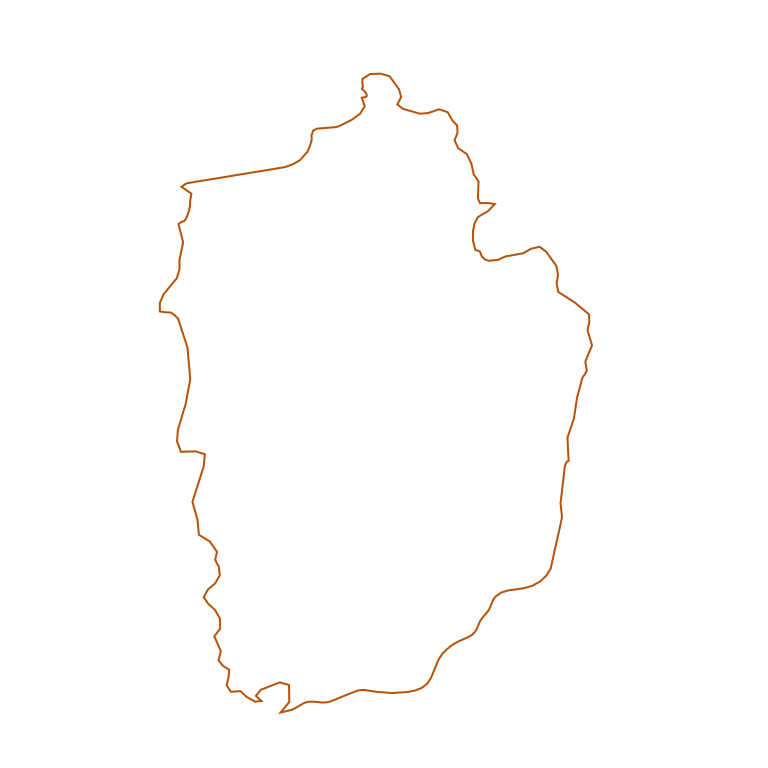 an SVG outline of Savannakhét, rotated 261°
{"feature_id": "LAO-3282", "entity_name": "Savannakhét", "entity_type": "Province", "adm_level": 1, "iso_a3": "LAO", "parent_name": "Laos", "parent_adm1": "", "projection": "robinson", "projection_center": [105.728, 16.499], "detail": "fine", "context": "isolated", "style": "outline", "palette": "amber", "viewbox_px": 768, "rotation_deg": 261, "n_neighbors": 0, "source": "natural_earth", "source_scale": "10m", "svg_char_len": 2503}
<svg xmlns="http://www.w3.org/2000/svg" viewBox="0 0 768 768"><g transform="rotate(261 384 384)"><path d="M79.1,273.5L79.2,272.5L81.3,264.6L81.9,260.7L81.7,256.5L80.6,252.8L77.7,245.6L76.6,241.8L75.7,230.5L84.7,240.7L101.5,243.1L105.6,234.4L101.2,214.4L96.0,208.7L90.1,213.3L90.4,207.1L96.6,199.2L103.0,194.4L104.0,184.6L110.9,181.4L118.7,184.6L126.0,186.4L130.8,180.8L137.1,177.3L145.7,181.1L161.3,176.9L168.0,183.9L178.1,185.3L187.3,181.7L194.3,176.1L201.6,172.6L208.5,177.9L213.5,186.1L220.6,191.8L229.6,192.3L233.2,190.8L236.8,189.8L244.4,192.8L255.7,187.3L264.0,177.6L279.2,178.5L297.6,176.4L330.5,192.9L342.6,196.1L347.0,187.2L348.8,172.9L359.8,170.6L371.1,173.3L395.1,184.9L419.1,193.4L450.7,195.6L480.9,190.8L484.6,188.0L488.0,184.6L489.0,179.3L490.7,174.0L499.1,175.3L507.2,180.4L520.9,195.9L529.2,199.9L538.4,201.4L555.4,207.8L574.1,206.0L575.7,209.2L576.4,212.5L579.1,215.0L584.2,217.8L590.0,220.2L595.2,221.2L602.1,223.5L610.5,214.8L613.1,220.5L613.2,228.1L613.7,320.2L615.4,328.6L618.2,336.0L625.0,344.4L630.7,348.2L636.8,350.9L640.8,351.3L645.4,353.7L646.7,357.6L645.3,376.0L645.7,380.0L650.0,393.6L654.7,402.7L661.4,408.4L670.3,406.8L670.3,410.6L671.2,412.1L673.3,412.0L676.3,410.6L679.0,408.3L681.1,409.8L684.9,409.7L688.5,410.3L692.3,418.6L691.1,428.9L687.2,437.6L672.6,445.0L664.8,445.8L658.0,440.9L652.9,445.6L645.4,461.6L644.7,469.9L646.7,481.3L642.6,489.4L633.4,492.8L628.1,496.6L620.8,496.0L613.6,491.8L605.2,494.2L598.2,501.7L587.8,504.8L577.0,505.4L569.4,509.1L553.0,505.8L547.6,507.1L546.4,515.2L544.4,521.6L538.4,513.7L534.3,503.0L528.3,498.5L521.2,495.9L511.6,494.3L502.2,495.1L501.2,497.2L499.9,499.4L494.8,500.5L491.5,502.9L489.3,506.8L488.8,515.7L491.0,524.1L491.3,541.8L494.6,550.5L495.1,559.2L489.1,565.0L473.6,572.7L464.8,573.0L456.3,570.2L447.6,570.6L434.6,585.2L420.7,597.4L412.8,596.4L405.3,593.4L389.6,595.5L374.6,586.3L365.4,586.4L362.2,583.9L359.3,581.0L340.2,572.5L320.3,566.2L302.3,556.8L279.2,554.3L278.8,552.6L276.5,550.8L273.6,549.5L238.5,539.7L226.2,539.1L223.1,538.5L183.9,523.0L175.5,519.7L169.2,514.2L164.5,507.2L161.5,499.0L160.4,490.0L160.7,474.6L159.7,467.1L156.4,460.6L154.0,458.2L148.1,454.6L145.5,453.0L143.2,451.0L137.3,444.1L134.9,441.9L126.8,436.8L124.1,434.1L122.1,431.0L120.8,427.4L118.0,416.7L115.5,410.5L112.3,404.8L108.3,399.4L103.3,394.7L86.4,384.5L81.1,379.6L77.9,373.6L76.4,366.5L76.1,358.7L77.5,343.9L80.8,329.5L84.9,316.6L85.4,312.9L85.2,309.1L78.7,280.6L78.6,276.6L79.1,273.5Z" fill="none" stroke="#b45309" stroke-width="2"/></g></svg>